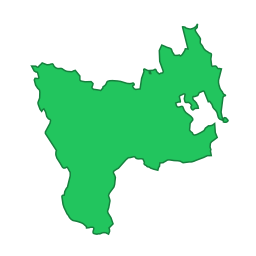 Bern, Mercator projection, rotated 93°
{"feature_id": "CHE-3424", "entity_name": "Bern", "entity_type": "Canton", "adm_level": 1, "iso_a3": "CHE", "parent_name": "Switzerland", "parent_adm1": "", "projection": "mercator", "projection_center": [7.53, 46.838], "detail": "fine", "context": "isolated", "style": "filled", "palette": "green", "viewbox_px": 256, "rotation_deg": 93, "n_neighbors": 0, "source": "natural_earth", "source_scale": "10m", "svg_char_len": 5670}
<svg xmlns="http://www.w3.org/2000/svg" viewBox="0 0 256 256"><g transform="rotate(93 128 128)"><path d="M235.0,141.9L233.8,144.6L233.7,145.6L233.8,147.4L234.2,148.6L235.0,150.1L235.2,150.9L235.2,152.0L235.5,152.8L235.6,153.6L235.6,154.4L235.2,156.5L234.8,157.2L233.8,157.5L232.7,157.4L230.5,156.8L229.6,157.0L229.0,157.7L229.0,160.0L229.6,161.7L230.0,164.2L228.6,164.4L226.0,167.6L225.2,169.3L224.7,170.8L223.9,173.9L223.2,178.2L222.6,179.3L221.9,180.3L220.5,181.7L218.4,183.0L217.0,184.3L210.8,187.7L207.6,188.9L200.6,190.3L199.8,190.4L199.1,190.2L198.7,189.8L198.5,189.2L198.5,188.3L198.3,188.2L194.7,187.8L191.5,186.4L190.3,185.4L178.9,183.2L175.4,183.4L171.0,186.1L170.3,186.8L170.3,187.1L171.2,188.7L171.3,189.4L171.4,190.0L170.9,191.0L170.4,191.5L166.7,193.9L161.8,197.4L159.0,198.5L157.8,198.7L155.7,198.7L154.2,198.3L137.8,210.2L136.2,210.3L127.3,206.1L124.5,205.7L123.9,206.0L123.5,206.4L123.1,207.7L122.8,208.1L121.4,209.2L120.9,209.7L116.4,211.1L113.3,213.0L114.1,214.1L115.9,215.1L113.9,216.8L109.1,218.9L107.9,219.2L107.1,219.2L102.7,217.8L96.9,217.9L94.9,218.3L94.3,218.8L93.0,220.3L90.0,222.5L84.9,224.1L84.1,223.7L83.3,223.5L83.2,223.0L83.3,221.5L83.2,220.1L82.8,219.7L82.0,219.7L77.7,221.1L77.2,221.4L77.0,221.7L76.9,222.9L75.9,224.7L71.2,227.5L71.1,223.5L71.3,222.9L72.0,221.8L72.0,221.1L71.6,220.6L70.8,220.1L68.8,218.2L67.5,217.1L69.1,212.3L69.0,211.3L68.8,209.7L68.3,208.6L67.9,206.9L68.3,206.2L70.5,204.9L71.7,203.2L72.2,201.9L72.3,200.7L72.0,198.1L72.1,197.3L72.4,196.6L73.1,195.6L74.1,193.7L74.6,192.1L74.7,190.5L74.7,189.3L74.8,187.9L74.7,187.1L74.5,186.5L73.8,185.3L73.2,183.7L78.6,178.8L82.3,178.6L82.9,178.3L83.5,177.5L83.8,175.8L84.1,173.1L83.6,167.3L85.1,165.6L85.6,165.2L87.6,165.6L88.7,166.1L89.7,166.1L90.9,164.9L91.4,164.2L91.2,163.5L91.7,158.6L92.0,157.3L91.8,157.0L90.4,156.0L90.1,155.6L89.7,155.3L89.3,155.2L88.7,155.2L88.2,155.1L87.8,154.7L87.2,153.7L86.1,152.7L85.4,152.3L83.1,151.4L82.6,151.0L82.3,150.4L81.8,148.9L81.5,146.0L81.6,140.9L81.9,137.8L83.5,131.3L83.6,128.4L83.2,126.4L82.8,125.5L82.9,124.9L83.9,124.1L84.7,124.2L84.9,124.4L84.9,124.9L85.1,125.2L85.6,125.4L86.4,125.5L87.1,125.0L88.4,124.0L89.1,122.4L88.4,118.0L77.7,117.0L70.8,115.0L69.4,115.3L68.7,115.3L68.3,115.0L68.2,114.5L69.1,112.5L69.5,111.4L69.6,110.4L69.3,108.3L69.2,107.1L69.1,106.2L68.8,105.4L68.0,104.2L68.0,103.6L68.2,103.3L70.0,102.4L70.7,101.8L72.1,100.1L72.4,99.4L71.5,98.1L71.3,96.8L71.2,96.5L70.9,96.1L69.6,95.7L59.8,99.8L49.0,100.8L43.4,98.6L44.7,95.0L45.3,93.6L46.1,90.4L46.5,89.5L47.0,88.8L50.0,87.6L51.4,86.4L52.6,85.8L52.9,85.4L53.0,84.6L53.0,83.6L52.8,82.0L52.4,80.5L52.5,80.3L53.2,79.7L53.3,79.4L52.7,78.5L51.7,77.6L47.8,75.4L45.9,74.9L45.9,72.2L24.4,78.8L24.1,78.8L24.1,77.6L24.4,76.2L25.0,75.5L25.3,74.9L25.8,72.4L26.0,71.1L25.8,70.3L25.5,69.3L24.7,67.5L23.2,65.5L20.4,64.0L24.1,64.2L25.3,65.3L25.8,65.8L26.4,66.1L27.4,65.8L28.9,64.9L33.7,61.2L35.3,60.3L38.3,60.4L39.7,60.1L41.2,58.7L42.4,57.8L44.6,56.6L46.0,55.2L47.0,53.9L47.6,52.6L48.6,51.1L48.9,50.3L49.2,49.2L49.7,48.7L50.6,48.5L54.8,48.9L61.4,47.7L62.1,47.0L61.8,46.1L61.6,44.7L61.5,44.1L61.6,43.7L61.9,43.0L63.2,42.0L63.8,41.5L64.0,40.7L63.8,39.9L64.1,37.8L75.4,40.1L78.0,40.0L80.1,39.5L83.5,38.3L85.1,37.3L86.1,36.5L86.7,35.9L87.3,35.5L88.4,35.0L89.1,34.3L89.6,33.6L89.9,32.7L90.2,32.4L90.6,32.5L91.3,34.2L92.6,34.8L107.3,35.9L115.4,33.7L114.4,36.7L113.6,37.7L112.3,38.5L107.9,39.9L107.0,40.5L105.8,41.4L104.3,43.1L103.0,44.2L100.0,45.4L97.2,47.8L97.6,49.2L87.5,53.8L87.1,54.7L87.8,56.3L88.3,57.1L88.7,58.2L89.1,58.7L89.7,59.1L91.2,59.7L91.9,60.1L92.2,60.8L93.1,63.0L93.2,63.6L93.1,64.5L93.4,64.7L94.2,64.9L95.6,64.7L96.7,64.1L97.7,62.7L98.9,61.6L99.7,60.8L100.8,60.5L101.8,59.6L102.5,59.3L104.6,58.8L104.9,61.4L105.1,62.3L105.5,62.8L106.1,63.4L106.6,64.1L106.1,65.1L104.7,66.1L103.7,66.3L102.9,66.1L102.3,65.7L101.8,65.7L100.3,67.0L99.5,68.2L99.3,69.2L99.5,71.1L99.4,72.0L98.4,72.6L96.0,73.3L95.4,73.3L94.0,73.0L93.2,73.0L91.6,72.7L91.2,72.9L91.0,73.7L91.1,74.4L92.0,75.9L92.8,77.6L93.6,78.2L94.0,78.4L97.9,77.3L99.0,77.1L99.3,77.2L99.4,79.0L100.6,81.7L103.1,80.8L103.9,80.3L104.4,79.6L104.5,78.5L104.3,77.6L103.6,75.8L103.6,75.0L104.0,74.4L107.6,72.7L109.6,71.0L113.1,65.8L115.0,64.0L116.5,63.7L120.1,66.2L126.3,66.4L127.1,66.3L128.5,64.9L129.3,63.6L130.6,62.9L131.0,62.5L131.4,61.9L131.6,61.3L131.3,60.1L130.7,58.5L128.7,55.0L126.6,51.9L124.1,50.7L121.6,47.7L121.5,46.2L120.9,44.0L119.0,41.7L128.0,40.6L132.8,38.4L137.4,43.9L139.0,44.9L142.7,45.1L145.3,44.1L146.6,44.5L151.2,43.4L151.5,47.3L151.7,47.7L153.4,50.8L156.9,58.8L157.5,59.9L158.2,61.7L158.6,63.2L158.7,65.2L159.8,71.2L158.8,73.2L158.3,74.5L158.1,76.5L158.1,80.4L157.7,84.5L157.7,85.7L158.0,87.1L159.1,88.6L160.1,90.2L160.8,91.1L161.2,94.3L164.8,94.6L165.7,95.4L168.6,96.0L167.7,100.6L167.4,101.4L166.9,103.2L166.1,104.4L165.9,104.9L165.7,106.1L165.6,106.7L165.3,107.1L164.6,107.7L164.1,108.8L163.7,109.5L163.1,110.0L162.4,110.1L161.3,109.9L161.0,109.9L160.0,110.6L158.8,111.1L158.3,111.4L158.1,112.3L158.0,113.4L158.3,115.8L158.2,117.3L157.8,118.4L156.5,119.6L156.3,120.6L157.5,124.5L157.6,126.0L159.7,128.3L168.6,135.4L170.2,137.9L171.9,140.0L172.8,140.3L173.8,140.1L175.8,138.9L178.1,138.0L185.1,138.4L187.7,139.0L193.6,142.9L195.2,143.6L196.3,143.9L197.0,143.8L200.1,142.6L201.7,142.2L208.7,143.1L211.3,143.9L212.6,144.0L214.1,143.4L218.6,140.3L224.5,137.9L228.9,141.8L229.8,141.3L231.6,141.0L232.3,141.0L235.0,141.9ZM71.7,109.6L72.1,109.5L72.6,108.8L72.5,108.1L70.5,108.7L71.0,109.7L71.4,109.6L71.7,109.6ZM115.1,28.5L116.1,28.8L116.9,29.8L117.1,30.6L117.2,31.5L117.1,32.5L116.9,33.1L115.7,33.2L113.2,32.8L112.7,32.5L112.6,31.9L112.9,30.6L115.1,28.5Z" fill="#22c55e" stroke="#15803d" stroke-width="1.5"/></g></svg>